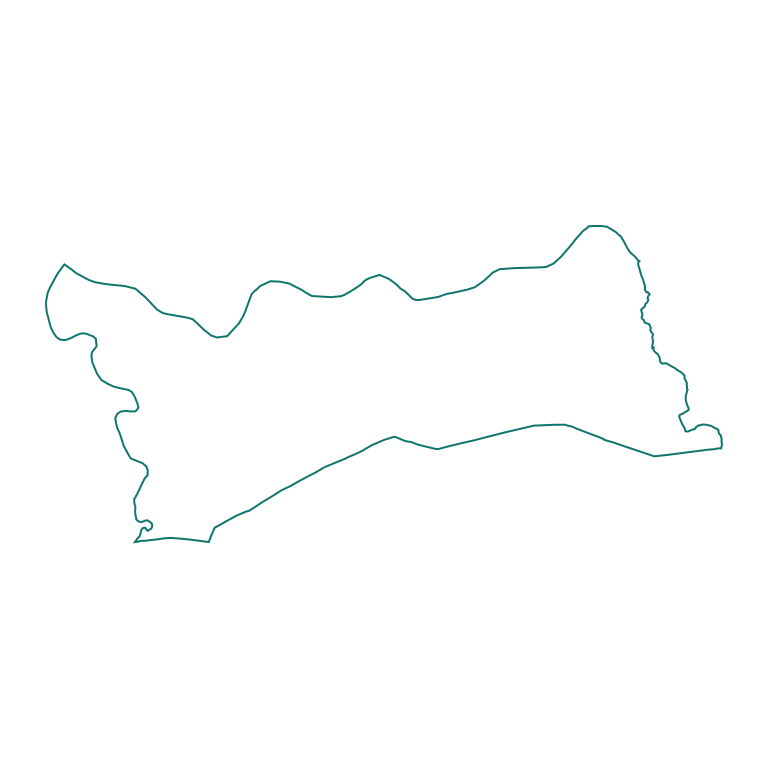 Ziguinchor, Ziguinchor, Senegal (Albers equal-area conic projection)
{"feature_id": "50182788B19119296887329", "entity_name": "Ziguinchor", "entity_type": "district", "adm_level": 2, "iso_a3": "SEN", "parent_name": "Senegal", "parent_adm1": "Ziguinchor", "projection": "albers", "projection_center": [-16.18, 12.511], "detail": "fine", "context": "isolated", "style": "outline", "palette": "teal", "viewbox_px": 768, "rotation_deg": 0, "n_neighbors": 0, "source": "geoboundaries", "source_scale": "gbopen_adm2", "svg_char_len": 5705}
<svg xmlns="http://www.w3.org/2000/svg" viewBox="0 0 768 768"><path d="M64.4,264.4L61.8,267.8L57.2,274.3L54.1,280.0L50.1,287.3L47.8,292.5L46.1,301.0L46.1,306.1L46.8,312.4L50.7,327.0L53.5,332.8L56.3,336.9L59.4,339.3L63.0,340.0L65.6,340.0L70.8,338.1L75.5,335.7L79.6,333.9L83.0,333.2L87.0,334.0L89.7,335.1L93.0,336.3L96.0,339.1L96.1,342.4L96.6,344.6L96.4,346.6L92.3,351.7L91.5,354.3L91.7,358.4L92.4,362.4L94.3,367.1L96.9,373.5L101.4,380.0L106.3,382.9L107.3,383.6L113.7,386.6L118.4,387.8L123.0,388.8L128.7,390.0L132.0,392.2L135.0,397.3L137.4,403.5L138.5,407.7L137.0,409.7L135.6,411.2L133.6,411.5L131.6,411.4L129.7,411.4L126.4,410.9L121.6,411.4L119.4,412.3L117.4,413.9L115.3,417.8L116.1,423.5L117.3,428.2L119.4,432.5L121.4,438.4L123.8,446.1L125.8,449.7L127.8,453.4L129.3,456.0L130.7,458.4L132.9,459.3L133.4,459.5L142.5,463.2L146.4,466.6L147.8,470.4L147.7,471.6L147.5,475.5L146.5,476.5L144.7,478.3L144.5,478.9L144.1,479.5L143.6,480.7L143.2,481.4L142.9,482.1L142.4,483.0L141.7,484.3L141.3,485.6L140.8,486.3L140.5,486.8L139.8,488.6L139.3,489.9L138.7,491.0L137.8,492.4L137.2,494.3L136.3,495.4L135.5,497.2L134.5,498.6L134.2,499.1L134.4,503.6L134.9,505.2L135.4,506.9L135.1,511.2L135.5,515.1L136.4,519.6L138.5,521.4L141.0,522.1L143.1,521.5L146.3,520.3L148.1,520.6L150.3,522.3L151.7,523.2L152.3,526.2L151.8,527.4L151.2,528.7L150.5,529.1L147.5,530.8L146.4,529.6L145.8,528.3L144.9,527.7L143.3,527.9L142.4,528.5L141.5,529.5L140.8,532.4L140.7,532.7L140.2,534.5L139.4,536.6L138.6,537.4L137.5,538.4L134.9,542.1L138.6,541.5L141.0,540.8L144.1,540.9L149.6,540.2L158.6,539.2L163.6,538.4L169.9,537.9L172.6,538.0L179.1,538.5L190.3,539.6L203.8,541.4L208.8,542.0L210.8,536.6L214.7,527.7L219.5,525.1L226.9,520.9L236.8,515.5L246.3,511.5L248.9,510.9L255.1,507.0L262.0,502.3L271.3,496.8L281.3,490.4L290.3,486.1L300.4,480.4L307.9,476.4L315.7,472.4L324.1,467.4L331.2,464.4L344.4,459.0L349.6,456.5L355.5,454.1L361.0,451.5L361.5,451.2L361.8,451.1L364.8,449.3L371.9,445.1L384.1,439.9L394.5,436.7L396.8,437.5L405.3,441.1L411.3,442.1L418.0,444.6L426.6,446.8L436.4,449.1L439.5,448.8L442.2,448.0L450.3,445.9L461.4,443.2L474.2,440.3L482.5,438.1L495.9,434.7L507.0,431.9L517.8,429.4L534.0,425.6L542.1,425.3L553.4,424.8L565.3,424.7L567.6,425.6L571.9,426.6L577.3,428.9L590.6,434.0L598.8,437.0L604.0,439.3L604.2,439.8L608.1,441.0L613.2,442.4L624.1,446.2L654.3,456.3L656.4,456.1L668.3,454.8L693.9,451.5L707.9,449.7L714.3,449.2L716.7,448.6L720.0,448.3L721.2,448.4L721.3,447.5L721.4,446.7L721.6,446.0L721.8,445.5L721.9,444.2L721.8,443.1L721.5,441.6L721.7,439.9L721.5,438.8L721.3,437.5L720.9,435.5L719.9,434.5L719.0,433.8L718.5,431.2L718.2,429.7L716.0,428.5L712.5,426.7L711.2,425.8L710.3,425.7L709.1,425.5L707.3,424.9L705.5,424.7L702.8,424.5L700.8,425.0L700.0,425.3L698.6,425.3L697.7,426.0L696.1,427.0L695.0,428.9L693.3,429.4L691.7,429.8L688.0,431.5L686.2,431.4L685.9,431.4L685.4,431.1L685.1,430.1L684.8,428.7L683.9,427.0L683.3,425.8L682.5,424.6L681.5,422.5L680.7,420.5L680.1,419.0L679.7,417.9L679.2,416.2L679.8,414.9L681.7,414.1L683.2,413.4L684.8,412.4L685.6,411.9L686.1,411.5L686.6,411.2L687.4,410.9L687.8,410.5L688.6,409.8L688.7,408.5L688.0,406.8L687.3,405.4L686.9,404.1L686.3,402.3L685.8,400.0L685.7,398.6L685.8,397.6L685.8,395.6L686.5,393.7L687.1,390.6L687.6,389.6L686.8,388.4L687.1,386.4L686.6,384.3L686.9,383.3L686.6,382.4L685.7,380.5L684.8,378.9L684.5,377.2L684.6,376.1L684.4,375.4L681.2,372.3L677.9,370.5L674.1,367.6L673.1,367.2L672.0,366.6L669.9,365.4L666.8,363.6L664.7,363.2L662.4,363.7L661.1,362.9L660.2,361.5L660.0,360.4L659.9,358.8L659.5,357.3L658.9,356.3L657.8,354.1L656.3,353.0L656.2,352.9L654.4,351.4L653.3,349.2L653.8,347.6L652.2,347.8L652.3,345.6L652.9,342.7L652.9,340.2L652.4,338.2L652.3,336.8L652.5,336.3L652.7,336.0L652.8,335.6L653.0,334.6L652.7,333.9L652.3,333.6L651.4,331.9L650.3,330.2L650.9,327.9L650.1,326.6L649.6,324.9L649.3,324.7L649.3,324.3L644.6,322.5L643.8,320.1L642.2,318.8L641.7,317.9L641.7,316.8L642.3,315.6L642.3,315.0L642.3,313.4L641.6,311.8L641.1,309.9L642.6,308.2L644.7,306.7L645.4,304.0L646.9,302.7L648.3,300.3L648.4,300.1L648.4,299.8L647.8,298.7L647.8,298.1L647.7,297.7L648.1,296.3L649.6,294.3L648.8,293.1L647.7,292.2L647.2,292.5L646.3,292.1L644.9,289.8L645.0,287.9L644.7,284.9L644.2,283.6L643.8,282.5L643.3,280.5L642.3,277.8L641.4,275.8L640.9,274.1L640.4,272.2L639.9,270.2L639.5,268.9L638.8,266.9L638.4,265.4L638.1,263.4L638.4,262.2L639.4,261.2L638.1,260.5L636.5,258.4L635.3,257.0L634.1,255.8L631.4,253.5L629.7,251.8L628.5,249.8L626.8,247.2L625.4,244.3L623.6,241.0L622.3,238.9L622.0,238.6L621.6,237.7L621.3,236.9L618.6,234.6L616.1,232.3L612.7,230.1L610.4,228.7L607.1,226.8L601.6,226.0L596.1,226.0L593.4,225.9L588.5,226.4L587.1,228.0L583.1,230.9L575.4,239.5L572.1,243.9L561.7,256.0L560.3,257.4L553.8,263.4L546.3,266.9L541.6,267.3L520.2,268.0L516.6,268.0L500.0,269.1L492.6,272.6L490.1,275.2L483.8,280.9L474.7,287.3L466.7,289.8L464.2,290.3L452.0,293.0L446.9,293.9L442.7,295.3L438.1,297.0L420.6,299.8L418.5,300.1L415.3,299.8L412.2,298.4L405.4,291.7L400.3,288.4L396.9,284.8L389.1,279.0L379.5,274.9L369.9,278.0L366.7,279.4L363.8,281.5L361.4,284.2L356.8,287.4L350.3,291.6L346.0,293.9L344.2,295.0L340.9,296.2L333.5,296.9L331.7,297.2L311.9,296.0L306.5,293.0L301.1,289.5L296.1,287.1L289.1,283.5L280.1,281.7L270.6,281.2L260.2,286.0L257.5,288.6L256.4,289.8L255.0,290.6L251.7,294.0L251.1,295.6L250.6,296.9L247.5,305.3L245.8,309.9L245.8,310.1L245.7,310.3L245.2,311.6L243.0,316.4L239.0,323.3L227.1,336.2L216.9,337.5L211.2,335.5L206.1,331.5L203.7,329.6L201.3,327.3L196.3,322.4L192.4,319.1L187.5,317.7L178.0,316.0L167.7,314.2L162.9,313.1L157.3,309.8L144.9,296.8L135.4,288.7L124.5,286.0L111.3,284.7L103.8,283.8L94.5,282.1L88.3,279.7L81.9,276.3L76.1,273.1L72.3,270.0L64.4,264.4Z" fill="none" stroke="#0f766e" stroke-width="2"/></svg>